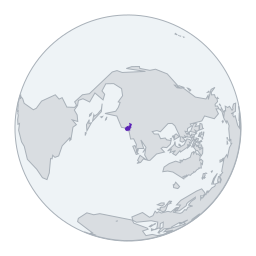 the Earth from above Maryland, rotated 108°
{"feature_id": "USA-3557", "entity_name": "Maryland", "entity_type": "State", "adm_level": 1, "iso_a3": "USA", "parent_name": "United States of America", "parent_adm1": "", "projection": "orthographic", "projection_center": [-76.6, 38.826], "detail": "fine", "context": "on_globe", "style": "filled", "palette": "violet", "viewbox_px": 256, "rotation_deg": 108, "n_neighbors": 0, "source": "natural_earth", "source_scale": "10m", "svg_char_len": 11479}
<svg xmlns="http://www.w3.org/2000/svg" viewBox="0 0 256 256"><g transform="rotate(108 128 128)"><circle cx="128" cy="128" r="113" fill="#eef3f6" stroke="#a8b0b8"/><path d="M129.8,240.6L129.3,240.5L131.3,240.3L129.3,240.3L133.6,239.2L131.2,239.5L132.7,237.2L136.6,234.4L139.9,223.7L137.6,221.3L129.1,218.5L118.9,207.4L121.8,202.5L119.5,200.0L127.0,192.6L124.9,185.2L122.3,184.0L119.6,186.8L110.5,181.6L107.3,175.3L79.6,160.3L76.8,156.2L77.0,150.7L68.8,128.9L71.9,148.0L68.5,143.4L66.0,136.1L67.7,135.2L66.4,125.0L63.6,120.0L64.4,107.4L72.1,94.1L72.9,97.1L74.6,93.8L73.8,89.9L72.8,88.1L77.8,73.5L76.3,62.8L72.2,62.0L76.0,60.4L65.6,60.9L62.5,57.9L68.3,59.8L70.7,58.9L69.6,56.0L71.8,54.5L72.6,52.4L75.3,51.0L78.5,52.5L80.3,51.7L79.4,49.7L81.6,47.3L82.6,50.2L86.5,46.4L92.5,48.8L92.9,58.9L98.5,60.0L104.9,70.0L106.5,68.2L110.0,71.2L113.2,70.4L113.5,72.7L115.8,70.1L115.0,68.1L115.7,66.4L117.5,65.8L118.2,68.6L117.4,69.3L118.5,69.8L118.0,71.5L119.3,70.3L119.9,74.0L122.0,69.6L124.7,71.9L124.3,74.5L120.9,75.2L111.4,84.1L110.0,87.4L111.4,91.3L121.6,96.1L121.5,99.7L123.9,103.8L125.6,101.2L124.3,97.2L128.1,93.7L126.0,89.5L127.3,87.6L126.6,83.1L130.5,82.8L134.7,85.1L135.4,88.9L137.2,90.2L139.6,85.9L143.9,92.8L152.0,97.1L152.7,99.2L148.5,103.8L140.8,105.0L135.4,112.1L142.7,106.7L144.4,112.4L146.3,113.1L148.4,112.5L149.3,110.1L150.6,112.0L143.9,117.8L142.6,116.1L144.7,114.2L141.1,114.9L136.5,119.3L137.7,122.1L129.6,126.7L130.4,128.8L129.0,131.2L128.4,127.4L129.4,134.4L120.1,142.3L121.3,154.4L115.9,144.9L111.5,143.6L106.1,143.4L106.2,145.4L99.0,143.1L92.5,146.3L90.2,155.3L92.8,162.8L100.8,164.2L103.1,160.6L109.0,160.4L104.9,170.3L115.1,172.5L114.1,179.9L117.1,183.7L122.2,182.9L127.5,184.6L131.3,180.4L137.3,177.8L137.5,183.6L140.8,178.1L144.2,180.6L156.1,178.8L155.2,180.3L165.3,185.1L176.0,185.3L178.5,188.4L177.2,191.2L180.8,190.7L180.9,192.2L195.1,189.0L202.1,189.1L201.7,194.0L195.4,202.1L188.9,214.0L177.5,221.0L174.0,225.0L164.0,231.3L157.2,232.6L158.5,233.8L154.2,235.5L149.6,236.3L148.3,237.3L144.9,237.8L146.9,238.0L140.8,239.4L141.8,239.7L137.3,240.3L129.8,240.6ZM23.4,112.2L24.2,109.9L24.1,112.3L23.4,112.2ZM24.4,108.0L24.2,108.9L24.4,108.0L24.4,108.0ZM24.4,106.9L24.4,107.7L24.3,107.0L24.4,106.9ZM24.2,105.8L24.3,106.3L24.2,105.8ZM120.7,158.4L132.5,163.8L125.9,164.6L127.1,163.6L124.1,161.3L118.6,159.1L112.8,160.1L120.7,158.4ZM24.3,103.4L24.3,102.8L24.6,103.1L24.3,103.4ZM125.9,151.9L123.8,151.4L125.8,151.4L125.9,151.9ZM72.1,87.7L73.6,90.0L73.5,94.2L72.0,92.4L72.1,87.7ZM72.5,80.0L73.8,80.6L71.7,83.8L71.6,82.5L72.5,80.0ZM68.7,61.9L69.5,63.4L68.0,62.5L68.7,61.9ZM72.2,52.3L71.3,52.4L72.0,51.3L72.2,52.3ZM124.5,83.6L125.6,83.4L125.1,84.3L124.5,83.6ZM123.3,81.9L122.1,83.2L121.3,82.6L122.1,81.8L123.3,81.9ZM76.9,48.2L78.4,46.5L77.4,48.4L76.9,48.2ZM125.0,80.5L120.1,81.4L118.7,80.4L120.5,76.6L125.0,80.5ZM79.7,45.7L83.4,41.8L81.7,41.6L88.7,40.2L83.2,43.8L82.2,46.2L81.4,45.2L79.7,45.7ZM113.9,67.8L114.9,69.8L112.4,68.7L113.9,67.8ZM112.1,67.5L103.4,67.0L102.8,63.9L105.9,64.6L103.8,61.1L107.8,59.8L109.9,61.4L109.4,63.6L111.3,61.5L112.1,67.5ZM91.9,40.2L93.3,39.6L92.5,40.6L91.9,40.2ZM115.8,65.6L114.1,65.7L113.5,62.9L116.8,62.2L115.9,63.3L115.8,65.6ZM101.3,61.0L101.4,58.9L104.7,57.2L105.2,56.2L107.9,59.5L101.3,61.0ZM117.0,63.6L118.5,62.0L120.5,62.8L117.4,65.3L117.0,63.6ZM111.9,62.5L111.8,61.2L113.0,61.7L111.9,62.5ZM128.2,65.0L126.2,65.0L125.7,63.6L128.2,65.0ZM119.0,61.3L118.3,61.0L117.9,60.5L119.3,59.6L119.0,61.3ZM110.0,58.2L111.4,58.0L109.1,56.7L111.5,55.5L112.8,58.0L113.3,56.5L114.0,56.1L114.3,58.5L110.0,58.2ZM119.4,57.2L121.9,60.1L125.8,60.3L126.3,61.6L120.0,61.1L119.4,57.2ZM116.4,57.7L118.3,57.6L118.0,59.2L116.4,60.2L116.4,57.7ZM112.6,53.9L108.6,55.1L108.5,54.5L112.6,53.9ZM120.6,56.9L119.9,56.2L120.9,56.7L120.6,56.9ZM115.2,54.4L113.8,54.9L113.6,54.2L115.2,54.4ZM119.8,54.5L120.7,55.4L119.6,56.1L119.8,54.5ZM117.8,54.2L117.9,53.3L118.8,55.8L117.1,54.5L117.8,54.2ZM115.3,53.8L114.7,53.5L115.9,53.7L115.3,53.8ZM123.3,51.6L124.7,54.7L122.4,56.1L121.4,52.9L123.3,51.6ZM221.4,65.0L220.7,64.2L219.3,62.4L219.2,62.2L221.4,65.3L220.4,64.4L222.8,67.2L227.0,74.2L230.6,81.6L233.7,89.1L236.3,96.9L238.2,104.9L239.6,113.0L240.4,121.1L240.6,129.3L240.2,137.5L240.3,135.4L240.3,127.7L239.8,126.7L239.4,130.7L238.6,129.5L238.0,131.5L232.6,147.0L229.3,147.3L221.4,140.9L221.1,133.8L218.2,128.4L214.3,95.7L216.7,93.0L217.3,78.6L218.0,77.6L221.5,82.3L224.8,77.7L221.7,72.0L221.2,66.8L218.5,61.8L211.3,53.7L215.6,61.7L212.8,60.2L206.6,51.2L202.3,44.9L201.1,44.1L200.9,46.0L196.9,42.7L200.4,46.6L201.2,46.4L203.4,49.0L202.9,49.4L201.5,48.1L201.9,49.8L208.4,55.8L209.9,56.2L212.9,62.7L215.6,64.1L217.5,66.9L213.5,65.7L211.6,64.0L206.6,65.4L208.9,67.7L213.7,66.6L213.6,67.8L216.7,71.4L214.2,69.6L208.3,70.6L209.0,77.3L215.0,90.8L214.3,94.9L211.4,96.8L203.9,88.1L206.3,80.0L203.7,77.2L198.7,76.5L199.9,74.2L198.2,73.1L198.6,70.1L194.9,64.2L194.7,61.3L188.9,57.6L188.1,55.7L191.7,58.3L194.1,58.8L193.1,52.1L191.7,50.4L188.0,48.7L188.2,47.2L184.8,46.4L182.2,42.4L182.6,46.7L178.3,45.2L174.4,42.2L173.0,42.6L179.4,47.5L181.9,48.8L183.9,48.6L190.8,53.5L192.0,56.1L185.1,54.3L186.2,58.1L180.4,55.4L166.7,43.2L163.1,39.1L166.2,34.4L169.5,35.7L170.0,38.0L173.5,36.8L171.3,36.4L171.5,35.4L167.4,34.0L167.3,33.2L163.6,33.4L163.1,32.3L165.4,32.2L159.0,29.7L156.7,27.5L155.3,27.3L154.4,27.8L152.0,25.0L151.1,25.0L151.5,25.9L149.9,26.6L146.1,26.9L145.5,25.9L146.8,25.6L148.6,23.8L152.1,23.6L151.4,23.3L148.2,23.3L146.1,25.4L144.0,25.9L144.5,24.6L144.2,25.1L142.9,25.1L141.2,24.1L140.3,25.5L127.6,27.2L122.9,25.9L124.8,24.4L115.3,25.5L110.7,24.6L111.1,25.3L106.7,26.8L108.1,27.0L108.0,27.5L97.5,32.0L94.6,32.5L90.6,35.9L90.8,36.4L92.7,36.1L88.7,40.2L81.7,41.6L81.6,40.4L77.2,42.3L77.7,39.5L76.0,38.2L79.0,34.5L77.4,34.0L75.9,34.9L72.6,35.1L71.1,33.3L79.0,31.0L82.6,34.4L81.7,32.5L83.9,32.0L84.8,30.8L84.0,29.7L82.7,30.2L91.7,24.4L93.8,21.7L88.8,23.6L85.6,24.5L83.6,24.5L84.2,24.2L91.8,21.3L99.6,19.0L107.6,17.2L115.7,16.0L123.8,15.4L132.0,15.4L140.1,16.0L148.2,17.2L156.1,18.9L164.0,21.3L171.6,24.1L179.0,27.6L186.1,31.5L193.0,36.0L199.5,40.9L205.6,46.3L211.3,52.2L216.5,58.4L221.4,65.0ZM219.4,108.9L220.5,110.8L219.4,108.9ZM195.2,37.6L193.7,36.6L191.9,35.3L191.7,35.2L193.5,36.5L192.5,36.3L189.1,34.0L187.3,33.2L188.7,34.3L195.0,38.8L196.7,38.9L199.5,41.1L200.4,41.7L198.5,40.1L195.2,37.6ZM156.5,178.7L157.9,179.5L156.0,179.9L156.5,178.7ZM125.0,167.2L127.4,167.3L128.7,168.3L126.9,168.6L125.0,167.2ZM145.6,166.2L148.4,166.4L145.5,167.2L145.6,166.2ZM134.3,164.4L143.4,166.2L137.7,168.5L132.0,167.4L135.9,166.6L134.3,164.4ZM124.8,155.7L126.3,156.2L125.9,157.4L124.8,155.7ZM127.3,151.9L126.7,152.0L125.9,151.0L127.3,151.9ZM144.8,112.0L145.3,111.6L147.5,111.5L146.6,112.6L144.8,112.0ZM156.9,105.4L158.9,108.6L156.8,107.0L155.8,108.9L150.3,108.1L152.7,100.2L152.6,103.8L156.9,105.4ZM143.6,105.2L146.8,106.4L143.2,105.4L143.6,105.2ZM188.1,70.5L189.7,69.9L191.7,71.9L191.9,76.3L189.1,73.4L188.1,70.5ZM191.6,68.7L184.7,66.1L184.2,63.5L185.6,65.3L186.1,63.8L188.4,66.5L194.8,66.8L196.9,68.7L196.2,75.5L195.2,72.1L193.7,72.8L191.6,68.7ZM167.8,66.4L164.8,65.9L167.8,60.8L170.2,61.9L170.6,66.2L167.9,67.4L167.8,66.4ZM129.0,74.0L127.7,74.6L127.5,73.8L128.5,72.6L129.0,74.0ZM127.3,65.1L134.7,70.7L133.5,71.6L139.3,74.1L138.5,77.6L134.8,75.8L138.4,80.5L134.8,80.2L137.6,83.2L129.5,78.9L126.3,79.1L130.2,77.5L131.0,74.3L130.4,72.9L126.4,69.4L120.1,68.5L119.9,65.4L121.5,63.4L123.0,63.2L122.6,65.2L124.9,63.4L125.5,66.2L127.3,65.1ZM139.8,46.0L138.8,47.9L143.4,45.9L144.0,48.2L144.5,47.8L146.4,49.5L149.5,50.9L149.3,52.0L150.6,52.1L151.9,53.3L153.6,53.9L153.9,56.1L156.0,57.1L154.9,57.6L158.5,58.7L155.9,59.0L157.3,60.7L159.1,59.5L156.0,71.7L156.7,77.0L158.8,81.4L154.0,81.6L149.1,77.8L144.8,72.4L144.8,67.4L142.6,68.6L142.0,66.6L144.0,66.5L140.6,65.5L140.6,63.9L136.7,59.8L131.8,59.7L130.3,58.3L132.2,57.6L129.3,56.8L131.9,54.5L130.9,53.5L132.4,50.5L136.7,49.9L135.2,48.8L136.3,46.6L139.8,46.0ZM123.9,50.7L128.9,49.2L131.7,49.7L127.9,54.9L128.5,56.0L126.1,59.6L122.1,58.8L123.2,57.8L123.2,56.7L124.5,57.4L123.5,56.0L124.9,54.7L124.6,53.3L126.3,53.1L123.9,50.7ZM216.6,74.6L216.7,73.6L216.4,71.6L218.4,74.0L216.6,74.6ZM212.7,75.4L212.5,74.1L215.1,76.1L215.0,77.3L212.7,75.4ZM210.2,71.8L212.3,73.8L211.1,73.4L210.2,71.8ZM191.3,57.2L190.8,55.9L191.6,56.1L192.9,57.2L191.3,57.2ZM153.6,41.5L152.6,42.3L151.9,41.9L148.2,42.3L147.4,40.8L149.4,40.0L153.6,41.5ZM213.3,56.1L215.4,58.7L215.2,58.9L214.5,57.9L213.3,56.1ZM218.0,66.5L218.0,64.9L218.5,67.2L218.0,66.5ZM152.2,39.9L150.7,40.2L151.2,39.3L152.2,39.9ZM146.7,39.7L146.9,38.6L146.9,40.7L146.7,39.7ZM143.5,29.0L149.5,30.0L153.3,30.1L154.7,28.9L155.4,31.1L149.5,31.0L143.5,29.0ZM129.6,27.4L128.5,28.7L127.2,28.1L127.3,27.8L129.6,27.4ZM130.2,28.2L132.0,29.9L130.2,30.6L129.1,29.1L130.2,28.2ZM142.3,34.4L144.2,34.7L143.7,35.4L142.3,34.4ZM78.5,26.8L78.8,26.7L74.2,29.1L73.0,29.7L73.3,29.5L78.5,26.8ZM77.7,27.3L80.0,26.2L86.3,24.5L86.5,24.8L79.2,26.9L81.0,26.1L80.3,26.2L77.7,27.3ZM92.7,39.2L93.3,39.6L92.0,39.7L92.7,39.2ZM108.8,27.7L108.4,28.4L107.0,28.4L108.8,27.7ZM106.5,30.4L108.4,29.9L106.7,30.9L106.5,30.4ZM112.7,28.7L109.3,29.9L112.2,28.2L112.7,28.7Z" fill="#d9dde1" stroke="#a8b0b8" stroke-width="1"/><path d="M129.5,129.7L129.3,129.7L129.2,129.8L129.1,129.7L129.3,129.4L129.2,129.4L129.2,129.5L129.2,129.4L129.3,129.3L129.2,129.3L129.0,129.2L129.2,128.9L129.0,129.0L128.9,129.0L129.0,129.0L129.0,128.9L128.9,128.9L128.9,129.0L128.7,129.0L128.6,128.9L128.6,129.0L128.6,128.9L128.5,128.7L128.4,128.7L128.5,128.6L128.5,128.4L128.7,128.5L128.8,128.5L129.0,128.4L128.9,128.4L128.9,128.5L128.8,128.4L128.7,128.4L128.8,128.3L128.7,128.3L128.7,128.2L128.6,128.3L128.6,128.2L128.4,128.1L128.4,128.3L128.4,128.2L128.5,128.0L128.5,127.9L128.5,128.0L128.8,128.0L128.7,128.0L128.8,127.9L128.7,127.9L128.4,127.8L128.3,128.0L128.4,127.8L128.4,127.6L128.5,127.6L128.8,127.4L128.7,127.4L128.6,127.6L128.5,127.4L128.6,127.1L128.8,126.9L129.1,126.9L128.9,126.9L129.0,126.8L129.0,126.7L128.9,126.8L128.9,126.7L129.0,126.6L128.9,126.5L128.7,126.7L128.8,126.7L128.8,126.8L128.7,126.8L128.6,126.7L128.5,126.8L128.5,127.0L128.4,126.9L128.4,127.0L128.2,127.1L128.3,127.2L128.2,127.3L128.2,127.2L128.2,127.3L128.2,127.2L128.1,127.3L128.3,127.4L128.3,127.5L128.2,127.5L128.3,127.6L128.2,127.6L128.2,127.8L128.1,127.7L128.0,127.8L128.1,128.0L128.1,128.3L128.1,128.6L128.3,128.9L128.3,129.0L128.2,129.0L128.2,128.9L127.9,128.7L127.9,128.3L127.9,128.7L128.0,128.8L128.2,129.0L128.3,129.0L128.4,129.4L128.4,129.5L128.3,129.4L128.2,129.2L128.2,129.3L128.1,129.2L127.8,129.2L127.7,129.1L127.6,128.9L127.6,129.0L127.4,128.9L127.3,128.7L127.3,128.8L127.2,128.8L127.2,128.7L127.2,128.8L127.0,128.6L127.1,128.4L127.3,128.3L127.3,128.2L127.4,128.3L127.3,128.2L127.5,127.9L127.3,127.7L127.2,127.8L127.2,127.7L126.9,127.5L126.7,127.5L126.6,127.4L126.7,127.2L126.4,127.0L126.3,126.8L126.2,126.8L126.2,126.7L126.1,126.4L126.0,126.5L126.0,126.4L125.9,126.5L125.9,126.4L125.7,126.3L125.4,126.4L125.2,126.4L125.3,126.5L125.2,126.5L124.8,126.5L124.7,126.5L124.8,126.4L124.7,126.4L124.7,126.5L124.4,126.7L124.2,126.7L124.1,126.8L123.9,127.0L123.6,127.2L123.7,126.2L129.2,126.2L129.4,128.7L130.3,128.7L130.3,128.8L130.3,128.7L130.3,128.8L130.2,128.8L130.3,128.8L130.2,129.1L130.1,129.3L129.9,129.4L129.9,129.5L129.5,129.6L129.5,129.7ZM130.1,129.6L130.2,129.4L130.3,129.1L130.2,129.3L130.1,129.6L130.1,129.6ZM128.9,129.7L129.0,129.6L128.9,129.7ZM128.9,129.3L128.9,129.2L128.9,129.3L128.9,129.3ZM130.4,128.7L130.4,128.8L130.4,128.7L130.4,128.7Z" fill="#8b5cf6" stroke="#5b21b6" stroke-width="1.5"/></g></svg>